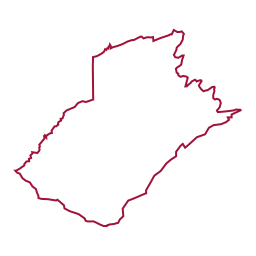 Kongba, Gbapolu, Liberia (Mercator projection)
{"feature_id": "62588387B18809430914172", "entity_name": "Kongba", "entity_type": "district", "adm_level": 2, "iso_a3": "LBR", "parent_name": "Liberia", "parent_adm1": "Gbapolu", "projection": "mercator", "projection_center": [-10.454, 7.678], "detail": "fine", "context": "isolated", "style": "outline", "palette": "rose", "viewbox_px": 256, "rotation_deg": 0, "n_neighbors": 0, "source": "geoboundaries", "source_scale": "gbopen_adm2", "svg_char_len": 3254}
<svg xmlns="http://www.w3.org/2000/svg" viewBox="0 0 256 256"><path d="M240.6,110.3L240.4,109.8L240.2,109.8L236.8,109.6L236.0,109.5L233.8,110.4L225.0,111.5L217.8,112.1L217.5,111.6L217.1,110.9L216.9,110.6L219.6,107.3L220.4,104.4L220.8,102.9L219.6,99.9L217.0,98.8L215.8,99.2L215.0,99.5L213.3,98.2L213.2,95.2L214.4,91.1L214.1,88.9L214.7,87.8L214.6,87.5L214.4,86.8L212.2,87.0L208.2,89.8L206.5,90.5L206.2,90.4L203.5,91.2L201.8,89.8L201.7,89.7L199.7,87.2L199.3,86.6L198.9,85.3L200.0,83.6L201.6,81.1L200.9,80.2L199.4,80.4L196.6,81.5L196.0,80.6L195.9,80.3L195.0,79.7L192.6,81.0L191.6,81.5L191.1,82.3L190.8,82.8L187.5,85.5L186.9,86.3L186.7,86.3L185.6,86.4L185.8,85.7L185.6,85.8L187.7,77.8L187.7,77.5L186.9,77.0L185.8,76.4L183.1,76.0L180.6,76.8L180.2,76.6L179.0,75.8L178.3,75.3L178.3,74.7L178.3,73.6L177.1,73.0L176.7,72.7L175.9,68.7L176.5,68.1L177.6,67.1L178.8,66.5L178.9,66.4L181.2,64.7L181.9,61.1L182.4,59.0L183.6,55.5L182.4,55.5L178.2,57.8L175.3,57.2L174.3,55.6L173.9,54.9L175.0,52.8L176.5,49.6L176.5,48.2L177.4,46.8L180.3,44.2L182.7,39.7L183.1,35.8L183.9,33.9L183.6,33.6L181.7,31.4L179.6,32.0L178.5,32.0L177.2,32.0L174.2,30.2L173.8,30.0L173.3,31.1L171.7,34.4L171.0,34.1L170.1,34.6L169.6,34.8L168.2,35.5L160.6,38.0L159.4,38.5L154.5,40.5L153.4,41.0L153.3,39.7L153.2,38.3L153.0,37.3L153.0,37.1L150.3,37.5L148.5,37.2L148.2,37.2L146.2,37.5L145.9,37.6L143.7,38.3L143.4,38.4L142.1,37.0L141.7,36.6L140.1,36.8L139.8,37.0L138.7,37.5L137.2,38.3L134.3,39.8L133.9,40.0L131.9,40.1L128.2,41.3L127.2,41.7L122.7,44.0L120.7,44.8L116.2,46.4L113.4,47.0L110.8,48.3L110.8,47.6L110.8,46.0L109.9,44.6L109.6,45.8L109.5,46.6L108.6,46.6L108.3,48.6L107.2,48.3L106.2,49.9L105.7,49.6L105.1,49.2L104.5,50.6L103.9,51.9L101.1,53.9L96.8,56.2L93.0,57.1L93.0,59.6L92.8,66.1L93.1,91.3L93.2,99.5L89.8,100.7L85.9,102.0L83.4,101.4L82.4,101.2L77.9,103.1L74.7,107.0L71.4,108.4L66.6,110.4L63.6,113.2L63.9,114.8L62.5,118.4L60.6,118.9L61.1,120.5L58.4,122.2L57.9,123.9L58.3,124.7L56.0,126.4L54.5,126.4L51.6,130.6L51.9,133.0L49.9,133.4L46.3,135.7L46.3,137.3L44.8,135.2L44.1,136.0L44.5,138.5L39.3,144.7L39.9,146.5L39.2,147.6L39.6,149.8L39.2,150.7L37.4,153.0L32.2,152.2L32.5,153.4L30.4,155.4L31.1,158.0L28.9,158.9L29.2,161.2L26.4,161.5L25.0,163.3L24.4,163.8L24.3,165.4L19.8,168.6L15.9,170.8L15.5,170.7L15.4,170.7L16.8,172.4L19.8,173.7L22.4,178.1L25.7,180.7L29.8,182.3L32.6,186.6L35.9,189.0L37.1,193.0L38.4,195.8L38.5,198.1L41.6,198.9L48.0,199.2L56.1,200.5L57.4,199.7L57.6,199.9L63.9,205.2L64.5,208.4L69.8,211.2L78.6,214.1L84.8,218.5L84.8,219.0L85.5,220.4L85.6,220.7L87.3,221.4L88.4,221.4L90.0,221.5L92.9,221.3L93.9,221.6L94.0,221.6L94.8,221.9L97.6,223.3L100.6,224.8L103.1,225.8L103.6,226.0L105.8,226.0L108.1,225.0L108.4,224.9L108.3,225.1L109.2,224.6L110.5,224.4L111.5,224.3L114.3,223.9L116.2,223.3L117.7,223.0L118.2,222.8L119.8,219.5L123.3,216.2L122.7,208.6L128.2,200.6L130.3,199.8L133.5,198.6L145.4,193.5L146.2,193.3L146.1,191.6L146.1,190.2L149.9,183.7L154.3,175.7L160.7,171.0L166.2,163.6L171.1,159.5L175.4,156.7L176.1,156.3L176.1,151.8L180.2,146.2L181.8,144.7L182.8,143.9L185.1,147.7L188.0,145.3L196.9,137.2L205.1,134.3L206.2,132.4L206.7,131.5L208.9,127.8L213.6,125.1L221.1,124.2L226.1,122.1L229.0,119.8L227.8,117.4L231.6,117.4L231.6,114.5L240.6,110.3Z" fill="none" stroke="#9f1239" stroke-width="2"/></svg>